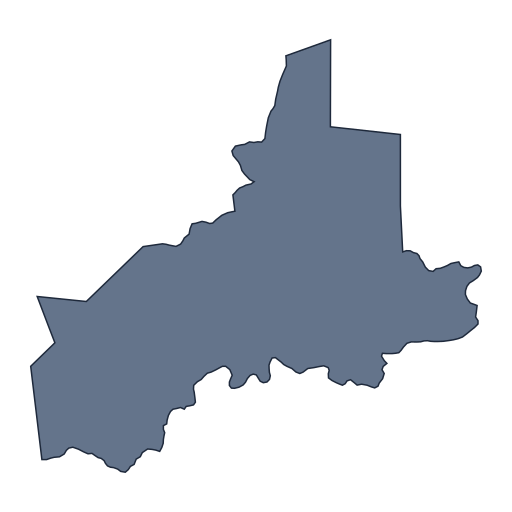 the district of Esperantina, Piauí, Brazil
{"feature_id": "56859067B45673851055188", "entity_name": "Esperantina", "entity_type": "district", "adm_level": 2, "iso_a3": "BRA", "parent_name": "Brazil", "parent_adm1": "Piauí", "projection": "orthographic", "projection_center": [-42.165, -3.795], "detail": "fine", "context": "isolated", "style": "filled", "palette": "slate", "viewbox_px": 512, "rotation_deg": 0, "n_neighbors": 0, "source": "geoboundaries", "source_scale": "gbopen_adm2", "svg_char_len": 3295}
<svg xmlns="http://www.w3.org/2000/svg" viewBox="0 0 512 512"><path d="M195.4,402.2L194.9,397.7L194.2,392.2L193.5,389.2L193.7,385.3L197.4,381.7L201.2,379.5L204.0,376.3L207.3,373.2L211.1,372.1L215.7,369.9L219.7,367.7L222.4,366.3L225.7,366.3L229.8,369.6L232.2,375.2L230.6,378.9L229.4,382.0L229.4,385.5L231.4,388.1L234.5,388.3L239.0,387.2L243.2,384.9L245.5,382.2L247.4,378.5L250.1,375.4L253.2,374.1L256.3,374.9L258.5,378.5L260.2,381.2L263.3,382.7L267.0,382.0L269.5,379.4L270.3,375.7L269.4,372.4L269.1,368.5L269.0,365.1L270.1,361.9L272.1,358.0L275.4,357.6L278.1,359.7L281.2,362.1L283.7,364.5L286.9,366.3L291.9,368.5L295.9,372.0L299.8,373.5L303.1,372.1L307.8,368.5L314.0,367.6L318.9,366.6L323.7,365.8L328.2,367.6L329.2,370.4L328.3,373.7L328.5,377.9L332.0,380.5L336.3,382.7L339.1,383.9L342.4,385.2L345.2,383.7L347.0,380.9L350.5,379.7L354.4,382.8L357.1,385.1L361.6,384.2L367.1,385.2L371.4,386.9L374.7,387.9L378.0,386.2L379.2,383.1L382.6,378.7L384.2,373.5L382.0,369.7L383.2,366.4L386.9,363.4L384.3,360.7L381.5,356.2L382.4,353.3L386.5,353.6L391.9,353.6L395.3,353.3L398.8,352.7L401.1,350.3L403.4,347.1L406.9,343.3L411.3,341.9L416.5,342.0L420.7,341.8L424.0,340.9L427.5,340.7L430.7,341.3L434.1,341.5L438.1,341.5L443.2,341.3L449.2,340.5L453.4,339.8L458.0,338.7L462.5,337.0L466.8,333.7L470.7,330.5L474.7,327.3L478.0,324.0L478.0,320.7L475.6,317.0L476.3,312.2L477.1,305.5L473.4,304.1L470.3,303.0L467.3,299.0L465.4,294.5L465.5,290.7L466.9,286.4L469.4,283.0L473.3,280.6L477.5,277.5L479.5,274.9L481.3,271.1L480.6,266.9L477.8,264.9L474.4,265.5L471.5,267.1L467.7,267.9L463.9,267.4L460.8,265.7L458.8,261.9L455.0,262.6L450.9,263.5L447.4,265.5L444.1,266.9L440.3,268.3L436.1,268.7L433.1,271.4L428.7,270.6L425.3,267.1L422.7,261.9L420.0,258.6L419.0,255.7L416.9,253.5L413.4,252.6L410.2,250.8L406.4,250.7L402.7,251.9L400.4,206.0L400.4,156.1L400.4,134.5L330.4,126.8L330.4,118.7L330.6,39.8L285.9,55.8L286.2,59.7L286.4,66.0L282.7,74.4L280.0,81.2L278.3,87.2L277.6,91.0L275.7,99.2L274.8,105.6L272.9,108.8L271.0,111.1L268.3,117.8L266.6,126.3L265.6,132.4L264.9,138.6L261.6,142.1L257.8,141.8L253.9,142.5L249.5,141.9L244.7,144.4L241.4,144.8L235.4,146.1L231.9,151.0L233.2,155.6L238.5,161.9L240.4,165.4L241.9,170.5L244.5,174.0L249.8,179.6L254.1,181.7L251.0,184.0L246.0,185.1L242.9,186.7L239.6,188.0L237.1,190.3L235.2,192.6L232.9,194.9L234.9,211.2L231.9,211.8L227.7,212.7L221.8,215.3L216.1,219.8L212.7,223.1L209.6,223.5L206.0,222.2L202.0,221.4L195.7,223.3L192.1,223.8L190.1,228.6L189.1,234.1L184.3,238.0L182.9,240.8L180.6,244.1L176.0,246.4L169.1,245.1L166.2,244.3L162.5,243.8L143.1,246.6L100.8,287.5L86.3,301.5L37.2,296.5L48.8,327.0L54.9,342.8L30.7,366.3L41.9,459.6L46.5,459.6L50.8,458.1L54.1,457.3L59.5,456.8L64.2,454.0L66.4,450.3L68.8,448.1L72.8,447.2L78.5,449.2L83.5,451.8L88.0,453.8L92.0,453.4L94.8,455.4L98.1,457.6L101.2,458.4L104.1,460.6L105.5,463.4L107.5,465.9L110.4,467.2L113.6,467.6L117.7,469.1L120.7,471.4L125.3,472.2L128.3,469.6L130.4,466.4L134.1,464.4L136.2,459.1L140.3,456.7L142.3,452.6L147.6,449.0L152.1,449.4L155.8,450.1L159.7,451.4L161.8,447.5L163.2,443.3L163.4,439.4L164.0,435.8L164.7,432.7L163.4,429.4L163.4,425.6L166.7,423.9L167.1,420.2L168.4,415.4L170.5,411.5L173.0,409.2L176.6,408.5L180.5,407.5L184.3,409.2L186.2,406.4L189.7,405.8L193.5,404.9L195.4,402.2Z" fill="#64748b" stroke="#1e293b" stroke-width="1.5"/></svg>